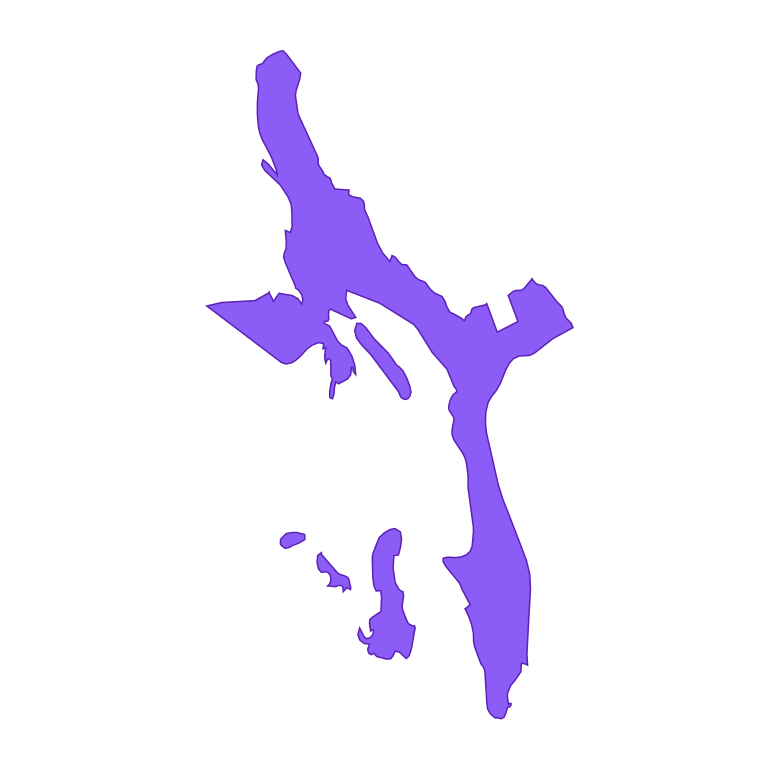 the border of Quezon, rotated 185°
{"feature_id": "PHL-2572", "entity_name": "Quezon", "entity_type": "Province", "adm_level": 1, "iso_a3": "PHL", "parent_name": "Philippines", "parent_adm1": "", "projection": "equal_earth", "projection_center": [122.011, 14.191], "detail": "fine", "context": "isolated", "style": "filled", "palette": "violet", "viewbox_px": 768, "rotation_deg": 185, "n_neighbors": 0, "source": "natural_earth", "source_scale": "10m", "svg_char_len": 5181}
<svg xmlns="http://www.w3.org/2000/svg" viewBox="0 0 768 768"><g transform="rotate(185 384 384)"><path d="M244.0,60.9L249.2,64.6L252.3,68.9L253.7,75.0L258.5,106.9L260.2,110.4L263.2,113.9L270.8,130.1L272.3,135.4L273.3,143.9L275.9,152.3L279.5,160.2L283.7,167.1L282.4,168.1L280.1,170.6L278.9,171.5L288.6,186.6L290.1,190.0L291.9,192.7L306.7,207.9L309.6,212.2L309.9,215.6L305.5,217.0L296.9,217.4L291.7,218.6L287.0,221.1L283.4,225.2L282.0,230.2L282.0,244.1L282.6,249.7L291.2,287.9L292.2,299.4L294.8,311.7L296.6,316.9L299.5,321.9L309.5,334.4L311.9,339.9L312.2,344.3L311.1,355.2L312.1,357.5L316.6,363.1L317.6,366.0L317.2,371.0L316.0,375.8L314.0,379.7L311.1,382.3L311.1,384.5L314.2,388.0L322.5,404.2L338.5,419.4L355.0,441.3L359.5,445.9L395.3,464.1L429.3,474.1L429.6,465.6L427.0,459.6L417.9,447.8L422.3,446.1L443.8,453.8L445.1,453.1L445.4,448.9L444.6,443.5L445.4,441.9L448.7,441.1L448.7,439.2L443.2,437.0L434.0,422.8L430.1,419.4L423.8,416.5L418.5,409.2L414.7,400.0L413.0,391.0L415.4,393.4L416.0,394.8L416.4,397.7L417.9,397.7L418.0,390.3L420.7,385.9L429.3,380.2L432.2,382.0L433.0,376.7L433.0,369.3L434.0,364.8L436.8,365.7L437.5,372.0L436.9,379.6L435.8,384.5L437.6,387.5L438.0,391.2L438.2,395.3L439.0,399.7L438.7,400.9L439.1,402.2L440.6,404.2L441.7,404.3L442.7,403.0L443.4,401.1L443.8,399.7L445.0,403.2L445.5,407.0L445.4,415.1L447.8,413.7L447.8,413.8L447.6,418.9L452.5,419.6L458.9,416.5L463.5,412.5L470.1,404.0L473.8,400.1L477.4,397.3L483.1,395.4L487.9,396.4L567.3,446.3L552.9,451.0L519.9,455.8L507.1,464.5L506.4,465.6L505.9,464.1L502.8,459.4L502.2,457.5L501.4,456.7L496.4,465.2L483.1,464.1L477.3,461.5L472.9,456.5L472.1,460.8L473.9,465.9L477.1,470.0L480.2,471.7L481.1,474.2L492.7,495.9L495.0,501.6L494.8,505.5L493.4,510.1L493.7,516.9L495.7,528.4L490.5,526.8L489.3,532.9L490.7,547.0L492.2,555.0L495.8,561.9L504.6,573.1L521.6,586.6L525.0,591.6L524.1,596.8L518.7,593.2L508.7,583.1L510.0,588.1L516.2,600.7L526.6,616.9L529.3,622.3L531.4,628.7L533.7,641.8L534.7,653.7L534.7,666.7L535.2,670.3L536.1,672.7L537.3,674.7L538.0,676.7L538.4,683.4L538.4,687.2L538.0,689.8L536.7,690.9L534.5,691.9L532.4,693.1L531.5,695.2L529.1,698.6L523.7,702.7L517.7,706.0L513.7,707.2L509.7,703.8L494.0,686.4L494.6,680.0L497.1,668.7L497.4,663.7L493.1,645.4L469.8,604.6L469.2,602.5L468.8,598.4L468.0,596.1L463.4,590.4L461.9,587.5L455.2,583.9L453.7,579.6L450.0,574.0L435.7,574.1L435.8,569.6L431.6,567.8L423.6,567.0L420.4,564.3L419.4,561.7L418.6,556.3L417.2,553.4L415.2,550.3L402.5,523.2L396.5,514.1L388.7,506.5L387.2,512.7L383.7,511.2L379.7,506.9L376.6,504.5L372.0,504.7L371.2,504.1L362.7,493.8L359.6,491.5L356.7,490.3L354.1,489.8L351.6,488.7L346.7,483.1L344.0,480.7L341.3,478.9L333.7,476.2L330.3,471.4L327.7,465.6L324.0,460.7L322.0,460.5L313.1,456.5L309.5,454.1L308.0,458.5L303.8,461.9L303.0,466.2L301.2,467.9L290.0,471.7L288.7,473.1L275.7,445.5L256.0,457.9L268.0,483.1L263.5,487.3L261.8,488.3L260.1,488.8L256.1,489.1L255.0,489.5L252.7,491.5L245.6,501.8L244.7,500.4L241.9,497.7L238.6,496.2L235.1,496.1L231.6,494.5L219.1,481.2L213.7,476.6L212.1,473.9L210.5,469.3L208.4,465.6L202.7,460.8L200.7,456.6L219.5,444.1L236.6,428.1L241.6,425.1L252.0,423.6L257.2,420.6L261.1,415.4L263.9,408.7L268.2,394.6L271.7,387.0L275.6,381.2L278.7,374.6L280.1,364.9L279.6,354.8L277.8,344.8L261.7,294.5L255.6,279.6L248.5,265.5L247.2,262.8L226.8,220.9L222.2,207.0L220.2,192.5L219.3,161.9L218.1,127.4L216.5,116.5L218.0,117.1L219.6,117.6L221.2,117.7L222.8,117.7L222.6,109.2L226.8,101.7L231.8,94.2L234.1,86.1L233.8,83.3L232.2,75.9L231.7,76.3L230.7,76.9L229.7,76.9L229.4,75.8L230.1,73.8L231.2,73.0L232.3,72.8L232.8,72.4L233.9,66.7L235.3,62.7L237.8,60.8L242.1,61.4L243.9,60.9L244.0,60.9ZM375.8,123.4L381.4,123.9L385.9,127.0L388.2,132.1L387.0,138.8L381.9,130.7L379.3,128.8L375.8,129.9L373.4,133.1L372.8,136.6L373.7,138.4L375.8,136.6L377.6,144.3L377.6,148.1L375.4,150.5L367.8,156.7L367.0,157.7L367.3,159.2L367.8,170.6L368.3,173.7L369.3,177.9L373.7,177.1L376.6,182.4L378.3,190.4L380.6,210.5L380.1,214.8L375.5,230.3L370.9,235.7L365.4,239.5L360.4,241.0L354.8,238.1L353.0,231.2L353.4,222.7L354.7,215.0L359.2,213.8L358.9,201.4L355.5,187.0L350.7,180.1L347.1,178.7L346.0,174.9L346.6,163.7L345.6,160.3L340.5,150.0L338.6,147.2L334.7,145.6L332.5,145.7L331.7,143.9L333.6,122.9L335.2,115.6L337.8,112.4L344.9,118.0L349.5,119.0L351.5,113.6L353.3,110.9L357.5,110.2L367.3,111.8L370.9,114.8L373.1,113.2L375.7,114.5L377.2,118.2L375.8,123.4ZM399.3,411.7L409.9,421.2L415.3,427.3L417.9,434.6L416.3,442.1L411.9,442.2L406.7,438.2L397.9,428.3L382.4,415.1L372.9,403.8L370.1,402.1L366.3,398.9L361.7,391.7L357.9,383.6L356.4,378.0L357.2,374.0L359.0,371.4L361.5,370.4L364.5,371.2L366.0,372.5L367.0,374.0L368.8,377.5L399.3,411.7ZM430.0,191.0L433.1,194.0L435.2,200.7L435.1,207.4L431.7,210.5L431.5,208.9L413.0,191.0L406.5,189.4L403.1,188.1L401.7,185.5L400.7,182.0L399.3,178.2L399.5,176.3L403.3,177.9L404.0,176.8L406.5,173.6L407.2,177.9L409.0,179.6L411.6,179.4L414.6,177.9L422.6,177.9L421.0,179.8L420.0,182.4L419.9,185.5L421.0,189.0L423.2,191.3L425.7,191.8L430.0,191.0ZM471.7,213.8L473.3,215.6L473.5,220.3L468.4,226.5L463.0,227.9L458.1,228.5L449.9,227.2L449.2,222.3L455.1,218.0L460.5,215.4L464.3,212.9L468.2,211.7L471.7,213.8Z" fill="#8b5cf6" stroke="#5b21b6" stroke-width="1.5"/></g></svg>